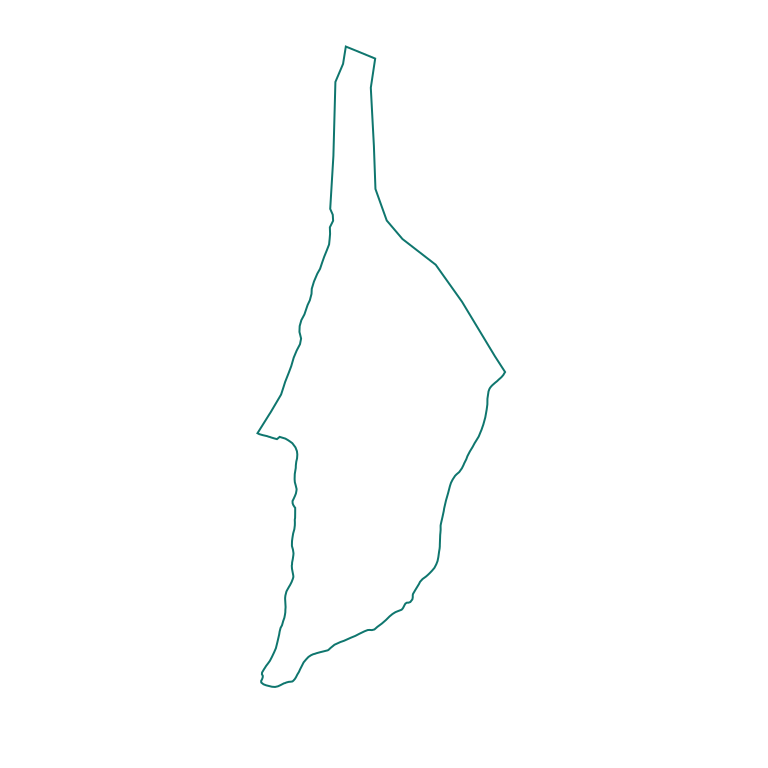 New Village, Micoud, Saint Lucia, rotated 103°
{"feature_id": "8701671B10053189367937", "entity_name": "New Village", "entity_type": "district", "adm_level": 2, "iso_a3": "LCA", "parent_name": "Saint Lucia", "parent_adm1": "Micoud", "projection": "orthographic", "projection_center": [-60.897, 13.825], "detail": "fine", "context": "isolated", "style": "outline", "palette": "teal", "viewbox_px": 768, "rotation_deg": 103, "n_neighbors": 0, "source": "geoboundaries", "source_scale": "gbopen_adm2", "svg_char_len": 3509}
<svg xmlns="http://www.w3.org/2000/svg" viewBox="0 0 768 768"><g transform="rotate(103 384 384)"><path d="M460.4,496.2L460.9,494.3L461.1,490.8L461.1,486.1L461.3,484.5L461.3,483.3L461.5,481.8L461.7,478.6L461.8,475.9L460.0,474.5L459.0,473.8L459.4,467.8L460.3,464.9L461.1,462.8L462.3,460.0L465.7,456.0L469.1,453.7L472.2,452.6L475.9,452.0L479.5,452.0L483.1,451.6L485.6,451.1L491.8,450.7L496.8,449.7L499.7,448.8L502.9,447.1L506.1,445.5L507.8,445.3L510.5,445.2L513.2,445.6L516.6,446.3L518.6,446.8L520.8,446.2L522.3,445.2L523.9,443.6L524.6,442.7L526.7,442.2L530.3,441.4L534.5,440.5L536.3,440.4L538.9,439.7L541.7,439.1L545.6,438.7L550.1,438.9L554.6,438.6L557.7,438.3L560.2,437.8L562.5,437.3L566.0,435.4L569.3,434.1L571.3,433.8L575.1,433.5L578.5,433.4L580.7,433.0L581.7,433.0L584.7,432.1L587.9,430.7L590.8,429.4L592.4,428.9L594.4,429.0L597.8,429.5L601.0,430.3L602.8,430.9L606.2,431.9L608.1,432.4L612.3,432.5L614.8,432.2L616.0,431.9L620.1,430.7L623.5,429.7L626.2,429.3L628.6,428.8L631.1,428.6L634.2,428.5L637.7,428.9L642.0,429.1L644.9,429.9L648.7,430.0L651.7,429.8L659.6,429.8L665.7,429.9L670.1,430.7L675.1,431.8L679.4,432.9L682.7,434.3L685.1,435.4L687.4,436.2L689.0,436.8L692.5,437.9L694.2,437.7L695.7,436.4L697.3,436.2L699.1,436.4L701.0,436.9L702.5,436.4L703.7,433.9L704.1,431.1L704.2,425.1L703.7,422.0L702.4,419.3L700.6,417.0L698.2,414.2L697.7,413.2L696.8,412.0L695.6,409.7L695.1,408.0L694.4,406.3L693.5,405.6L691.5,404.5L689.5,403.8L686.6,403.1L683.6,402.1L681.0,401.6L677.0,400.6L673.3,399.7L669.8,397.9L666.9,396.2L664.7,394.1L663.3,392.3L662.1,390.1L661.6,389.4L659.6,385.7L658.8,384.1L656.2,379.0L655.6,378.3L653.2,376.7L649.2,373.6L645.2,368.4L643.2,365.2L638.5,359.0L635.9,355.3L632.9,351.8L629.3,347.3L627.4,344.5L626.9,342.8L626.5,340.4L625.3,338.1L622.1,335.8L617.9,332.2L613.5,329.0L609.2,326.3L606.2,324.0L603.7,321.5L602.3,319.5L600.6,317.0L600.0,316.1L598.8,315.4L597.8,315.0L594.2,314.1L593.1,313.7L591.9,312.5L591.6,311.0L590.5,309.3L587.4,307.9L585.3,308.0L583.2,308.5L582.0,308.5L577.5,307.1L570.9,304.9L568.7,304.4L565.4,302.6L562.2,299.8L560.4,298.5L558.3,297.1L555.3,295.3L551.8,293.5L547.9,292.5L544.5,292.0L540.5,292.1L538.3,292.3L535.1,292.6L531.8,292.8L529.6,293.1L528.3,293.4L518.4,295.3L516.1,295.6L513.4,296.0L510.5,296.7L509.3,297.0L507.3,297.1L500.5,297.1L494.3,297.2L491.8,297.4L483.5,297.4L476.1,297.0L468.6,296.8L465.2,296.5L461.6,295.6L457.5,294.1L455.7,293.0L452.9,290.9L448.5,289.1L445.1,288.3L443.3,288.0L438.8,286.9L435.6,286.5L431.3,285.4L430.2,285.1L425.4,283.5L421.3,282.4L418.7,281.5L413.9,279.9L409.6,279.2L406.7,278.7L403.9,278.4L401.1,278.1L393.7,277.8L385.9,278.2L380.6,278.7L375.1,279.9L370.1,280.3L368.8,280.4L367.9,280.5L366.9,280.4L365.3,280.2L363.9,279.8L362.2,279.0L360.7,278.1L357.9,276.1L355.6,274.3L354.0,273.3L352.5,272.2L350.9,271.1L349.4,270.3L348.2,269.7L346.8,269.3L345.9,269.0L345.1,268.7L332.0,282.2L286.3,326.5L262.7,353.1L256.2,360.4L238.6,398.6L224.1,418.1L212.6,425.5L195.9,436.2L154.3,447.4L119.2,457.5L98.3,463.5L68.9,465.8L64.7,491.4L63.8,497.1L81.3,495.9L100.6,499.3L173.2,484.6L225.5,475.8L230.6,472.0L236.4,470.3L243.5,472.0L249.9,470.3L254.8,469.6L260.4,468.9L266.6,469.8L273.5,470.9L279.7,471.6L286.1,472.2L291.5,473.8L300.0,475.3L307.5,475.8L312.5,474.9L319.1,475.1L324.2,476.2L334.1,477.2L340.4,478.9L346.5,479.2L352.3,478.1L355.0,476.7L358.4,475.0L364.1,474.8L371.0,476.6L378.6,477.9L387.5,478.4L394.3,479.3L404.3,480.8L409.5,481.2L417.4,481.9L437.4,488.2L439.3,488.9L460.4,496.2Z" fill="none" stroke="#0f766e" stroke-width="2"/></g></svg>